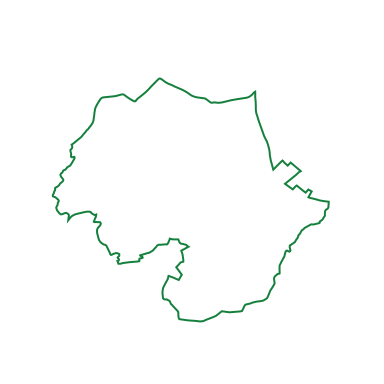 the district of Yen Mo, Ninh Bình, Vietnam, rotated 298°
{"feature_id": "81297802B9308814425220", "entity_name": "Yen Mo", "entity_type": "district", "adm_level": 2, "iso_a3": "VNM", "parent_name": "Vietnam", "parent_adm1": "Ninh Bình", "projection": "robinson", "projection_center": [105.992, 20.128], "detail": "fine", "context": "isolated", "style": "outline", "palette": "green", "viewbox_px": 384, "rotation_deg": 298, "n_neighbors": 0, "source": "geoboundaries", "source_scale": "gbopen_adm2", "svg_char_len": 5947}
<svg xmlns="http://www.w3.org/2000/svg" viewBox="0 0 384 384"><g transform="rotate(298 192 192)"><path d="M83.3,262.6L85.7,264.4L90.5,268.6L93.9,271.3L100.7,274.3L103.4,281.6L109.1,290.5L110.3,292.0L112.6,292.0L115.8,291.8L117.7,292.1L118.9,293.5L121.0,295.9L122.7,297.3L125.4,300.3L127.7,303.6L129.6,305.9L133.1,308.0L135.1,308.1L142.1,307.4L144.3,307.7L147.6,307.9L149.8,307.9L150.7,307.5L151.9,306.5L153.9,305.2L155.3,304.7L156.7,304.9L159.9,306.1L160.5,307.1L161.2,307.6L162.1,307.1L168.0,303.9L172.2,303.7L178.4,303.8L182.3,302.8L183.9,302.7L184.4,302.9L184.9,303.5L185.0,306.0L185.8,306.4L186.7,306.3L187.6,305.5L189.2,304.1L190.7,303.5L193.4,305.0L196.2,306.4L198.8,306.4L200.5,306.7L201.7,306.7L202.5,306.7L203.6,306.3L204.0,306.3L204.4,306.4L205.2,306.8L206.1,306.9L208.9,306.9L209.4,306.9L209.8,307.1L210.3,307.2L211.0,307.7L212.2,308.1L213.1,308.3L219.1,312.2L219.5,312.6L219.9,313.6L220.2,314.2L221.2,315.6L222.5,316.9L223.6,318.3L224.5,319.1L224.9,319.2L225.1,319.1L225.4,318.8L225.6,318.7L225.8,318.7L226.0,318.7L228.6,320.1L228.8,320.1L229.6,320.2L232.0,320.3L233.1,320.5L233.5,320.4L236.1,319.1L237.6,318.6L238.0,318.5L238.6,318.5L239.1,318.5L239.7,319.0L241.1,319.6L241.9,319.7L242.5,319.6L243.0,319.4L245.0,318.5L247.6,317.3L245.8,312.6L244.4,308.4L244.3,307.4L242.8,301.0L242.4,299.9L242.1,298.2L242.0,297.3L243.7,297.3L248.7,297.4L248.8,293.6L244.8,292.6L245.1,290.6L246.4,283.9L246.9,281.6L246.8,281.3L246.5,281.2L245.8,280.9L244.2,280.4L241.9,279.9L241.6,279.7L242.9,270.3L256.1,275.9L257.0,276.2L259.6,277.1L261.5,278.2L264.3,265.3L260.2,264.1L261.2,260.0L261.4,259.4L261.8,258.7L262.3,257.2L261.8,256.9L257.4,255.5L249.9,253.3L256.9,246.7L261.4,243.2L263.4,242.0L264.3,241.4L266.5,239.6L269.4,236.9L271.7,234.5L273.4,232.0L275.5,229.1L276.5,228.1L285.3,218.4L288.5,215.1L289.9,213.8L291.4,212.1L293.6,210.4L295.7,209.1L297.9,208.0L302.1,205.5L306.2,202.8L307.8,202.1L310.2,200.7L309.2,200.1L306.3,199.4L304.6,198.7L303.1,197.9L302.3,197.3L301.3,196.4L300.6,195.6L297.4,191.3L294.8,187.8L290.9,182.9L285.2,176.5L283.8,174.5L283.2,173.5L282.5,171.9L281.5,169.4L280.4,168.1L280.2,167.8L280.0,167.4L279.9,167.0L279.8,166.2L280.5,161.8L280.7,160.0L280.6,159.2L280.5,158.8L280.1,157.9L278.0,152.2L277.7,151.3L277.2,148.8L277.0,147.2L277.0,145.9L277.6,140.9L277.7,138.5L277.7,135.5L277.0,127.1L276.9,123.5L276.5,120.5L276.5,118.9L276.6,116.5L277.1,113.6L277.3,111.4L277.2,110.5L277.1,110.2L276.9,110.0L276.5,109.7L275.7,109.4L274.7,109.0L265.6,106.3L263.2,105.7L261.3,105.2L257.7,104.0L252.7,101.9L249.2,100.3L248.3,100.0L245.9,99.5L245.6,99.4L245.3,99.1L245.1,98.7L245.0,98.4L244.9,96.8L244.9,95.7L245.1,92.8L245.5,89.2L245.9,86.9L246.0,86.2L245.9,85.8L245.6,84.8L245.2,84.2L242.1,80.9L240.5,79.1L236.6,73.3L234.0,69.4L233.3,68.6L232.9,68.3L231.6,67.7L230.8,67.5L224.7,67.1L221.1,67.2L219.3,67.6L217.9,68.1L216.1,68.7L213.4,69.8L208.9,71.4L208.0,71.6L206.2,71.8L205.3,71.7L202.3,71.4L201.3,71.1L198.8,70.8L197.4,70.1L195.5,69.9L191.3,68.9L190.0,68.7L188.3,68.3L184.8,66.8L183.0,66.1L179.0,64.4L177.3,63.5L176.2,64.7L175.6,65.1L175.1,65.3L174.4,65.4L173.7,65.4L172.9,65.2L172.3,64.9L171.9,65.0L171.6,65.1L171.1,65.4L170.0,66.4L169.5,66.9L168.6,67.6L167.6,68.0L166.6,68.5L166.2,69.0L166.2,69.4L166.4,69.8L166.8,70.4L167.3,70.8L167.5,71.1L167.7,71.4L167.7,71.6L167.6,71.9L167.4,72.1L166.8,72.4L165.9,72.5L165.2,72.5L164.0,72.4L162.5,72.4L159.7,72.2L158.7,72.1L158.1,72.0L157.6,71.7L156.2,70.8L155.4,70.3L154.8,70.2L153.4,70.0L152.4,69.7L151.9,69.4L150.6,68.3L150.3,68.2L149.9,68.2L149.0,68.4L148.6,68.4L148.2,68.3L146.7,67.6L146.2,67.6L145.7,67.7L145.3,67.9L144.9,68.1L144.2,69.1L143.7,69.9L142.9,71.8L142.6,72.4L141.8,72.9L141.0,72.9L140.6,72.8L137.6,71.6L135.9,71.5L133.8,70.8L132.4,69.9L131.9,69.7L131.6,69.3L131.2,69.3L130.6,69.5L129.6,70.2L128.8,70.3L128.0,70.1L127.1,70.3L126.5,70.5L126.0,70.6L124.5,70.5L123.7,70.7L123.2,70.9L122.9,71.2L123.0,72.7L123.2,73.6L123.0,74.8L122.7,76.0L122.5,77.3L122.1,77.9L121.7,78.5L121.1,78.7L119.5,78.6L118.9,78.8L118.5,79.1L117.7,79.3L117.1,79.4L116.2,79.3L114.7,79.4L114.1,79.7L112.4,81.6L111.3,84.0L110.7,86.0L110.7,86.6L111.3,87.7L113.3,89.3L114.5,90.7L114.5,92.5L114.3,93.4L113.9,94.0L113.3,94.4L111.9,94.9L109.0,96.0L110.7,96.3L113.1,96.8L114.3,97.3L115.4,97.9L117.0,99.0L118.7,100.7L124.7,107.6L125.8,109.3L126.7,111.4L126.7,112.1L126.2,113.1L125.9,115.3L126.0,117.1L127.1,118.0L126.0,118.5L124.3,118.8L122.5,118.9L119.6,119.3L119.8,120.4L120.4,121.2L121.2,123.1L122.2,124.8L121.9,125.5L121.4,126.3L120.5,126.5L119.3,126.6L118.4,126.4L116.2,125.7L114.4,125.9L113.6,126.1L112.0,127.0L110.9,127.8L106.9,131.5L105.8,132.7L104.9,134.5L104.6,135.5L104.3,137.2L104.2,139.0L104.6,139.9L104.6,140.9L104.2,141.9L100.2,147.4L98.7,149.1L98.4,149.9L98.7,150.5L100.0,151.3L102.1,153.2L102.8,154.5L103.0,155.7L103.1,156.4L103.0,156.9L102.3,157.4L101.4,157.7L99.3,157.1L98.8,157.6L98.6,158.5L98.3,159.0L97.7,159.4L97.0,159.4L96.1,158.5L94.1,160.7L95.2,162.7L96.9,164.4L101.4,170.8L104.1,175.1L105.4,177.0L106.1,177.9L106.3,177.9L106.5,177.9L107.3,177.3L107.9,177.0L108.3,176.9L108.7,177.1L109.1,177.5L109.6,178.2L110.1,178.8L110.6,179.2L110.8,179.2L111.2,179.1L111.5,178.2L111.5,176.3L111.7,176.0L112.3,176.5L115.6,179.8L118.7,183.1L119.9,183.7L121.8,184.9L125.2,185.7L126.0,186.0L127.3,186.2L128.7,186.5L129.8,187.4L130.7,189.1L132.3,191.5L134.2,194.7L135.9,194.9L139.1,194.6L140.4,194.3L140.9,196.6L141.9,198.7L143.7,202.2L142.4,203.7L141.3,205.1L141.2,206.4L141.9,208.4L142.6,211.8L142.1,213.0L142.0,214.6L135.2,210.1L132.5,212.9L127.7,216.4L126.4,217.0L124.6,215.1L123.2,214.7L121.8,214.4L120.2,214.0L118.2,213.4L114.2,221.8L108.1,221.6L107.5,214.4L106.9,210.7L103.6,211.5L98.0,211.4L94.0,211.5L91.0,212.4L88.7,213.5L85.6,215.6L84.5,216.5L84.2,217.6L84.6,218.9L85.3,220.3L85.3,223.2L84.7,224.3L83.3,225.8L82.8,227.7L82.1,229.5L80.2,235.1L79.6,236.2L76.8,237.8L75.5,238.6L74.4,239.7L73.8,240.5L76.6,248.3L79.9,255.8L81.5,259.9L83.3,262.6Z" fill="none" stroke="#15803d" stroke-width="2"/></g></svg>